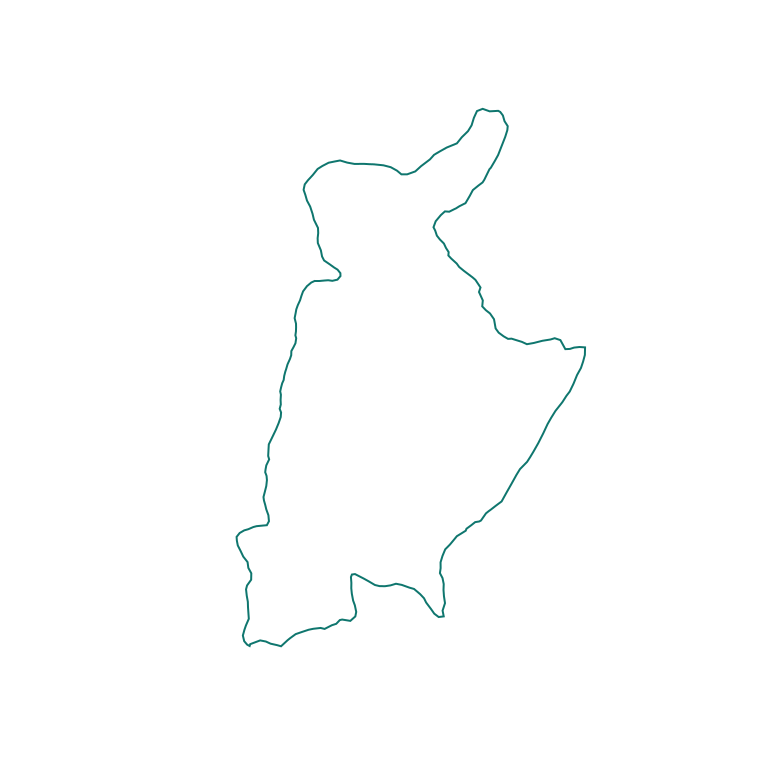 outline of Kalbajar District, Kəlbəcər, Azerbaijan, rotated 119°
{"feature_id": "54616110B37358032697149", "entity_name": "Kalbajar District", "entity_type": "district", "adm_level": 2, "iso_a3": "AZE", "parent_name": "Azerbaijan", "parent_adm1": "Kəlbəcər", "projection": "albers", "projection_center": [46.209, 40.052], "detail": "fine", "context": "isolated", "style": "outline", "palette": "teal", "viewbox_px": 768, "rotation_deg": 119, "n_neighbors": 0, "source": "geoboundaries", "source_scale": "gbopen_adm2", "svg_char_len": 3831}
<svg xmlns="http://www.w3.org/2000/svg" viewBox="0 0 768 768"><g transform="rotate(119 384 384)"><path d="M458.1,234.1L456.4,233.0L447.7,232.1L444.5,230.8L442.6,229.9L436.1,227.1L433.2,225.8L429.7,224.2L420.8,224.2L419.2,224.2L409.7,224.1L399.2,224.1L392.5,223.8L382.7,221.1L376.7,220.7L376.1,220.7L370.8,220.5L360.9,220.4L350.0,220.8L339.8,221.5L332.4,221.4L324.4,221.0L313.5,219.2L305.9,218.7L300.5,217.9L291.7,218.4L282.6,219.5L274.5,219.5L268.0,220.7L261.2,222.4L254.5,225.9L255.1,227.2L256.9,231.0L260.0,235.4L263.2,238.4L265.6,242.3L262.3,247.5L260.1,251.0L261.2,256.9L264.3,259.9L269.4,266.4L275.6,273.0L279.9,278.3L280.3,283.8L281.5,289.5L282.5,294.4L284.4,297.4L284.3,302.5L283.5,308.6L281.3,313.3L277.7,316.2L274.0,319.2L270.9,325.5L270.1,330.6L268.5,335.7L263.0,338.1L257.5,345.5L252.8,346.4L248.6,354.5L247.8,358.3L246.3,369.0L245.2,375.0L243.4,378.8L241.7,386.0L240.4,390.0L237.3,391.4L235.0,395.7L232.1,399.7L230.5,405.2L228.6,409.7L225.0,413.6L222.9,416.7L216.6,417.7L208.8,416.2L203.5,414.4L201.7,410.5L196.6,407.0L195.7,406.3L191.9,404.2L186.3,400.4L178.0,400.2L171.3,400.3L164.6,397.6L159.9,395.5L156.8,395.3L145.0,395.9L143.1,395.4L135.1,395.2L128.4,395.2L117.2,396.7L109.0,397.8L102.2,399.2L98.5,400.8L95.7,406.0L91.5,410.2L89.7,414.2L89.7,416.5L94.3,423.8L95.5,431.1L100.2,435.0L107.7,434.4L115.3,432.8L122.1,433.1L130.5,435.6L138.2,436.9L146.8,443.8L153.6,448.0L159.2,451.3L165.3,452.7L175.5,457.2L182.9,459.7L189.4,465.4L192.2,470.4L191.1,476.1L191.1,483.2L193.0,490.5L196.8,499.4L198.6,502.9L201.3,508.5L205.8,516.4L208.2,523.5L209.8,530.8L213.2,534.9L217.3,539.7L223.2,543.6L228.1,546.3L235.7,547.6L242.7,549.3L247.8,550.1L252.1,548.8L253.2,548.4L256.7,544.5L260.9,540.3L264.6,534.6L269.8,529.0L274.3,524.9L279.5,517.4L283.9,514.7L288.7,512.7L292.8,510.2L297.7,504.0L302.5,500.0L305.0,496.3L305.6,489.9L306.3,484.0L306.5,480.1L308.2,475.9L310.7,474.4L315.3,475.3L318.8,479.2L320.3,483.1L322.6,486.6L325.2,490.4L327.5,494.6L330.5,496.8L335.7,498.8L342.2,499.7L346.7,499.0L351.5,498.0L356.9,497.6L361.2,496.9L365.0,495.6L369.7,494.1L373.9,490.2L377.0,488.4L380.7,486.5L384.4,485.1L386.5,483.0L391.3,481.2L395.9,481.0L400.1,481.0L403.8,479.1L407.6,478.4L413.6,477.9L418.4,476.8L421.1,476.3L425.3,475.2L429.1,473.7L432.7,473.4L436.7,472.4L440.8,471.2L443.3,469.0L448.1,466.7L452.0,464.3L456.3,463.2L458.8,460.2L463.0,458.3L469.3,457.2L476.2,456.4L485.0,455.9L492.6,455.5L497.2,453.3L503.1,450.4L505.6,447.9L512.2,447.5L516.1,446.2L518.8,445.1L520.3,443.3L521.4,442.1L524.8,439.8L530.3,437.5L535.9,436.0L541.3,434.6L544.1,432.5L547.3,429.3L550.7,426.2L554.8,421.5L559.8,418.1L564.3,418.0L566.8,421.7L570.1,426.5L572.4,428.9L576.8,432.3L579.8,435.3L584.3,438.0L589.2,438.8L592.4,436.7L596.1,433.6L599.4,428.7L603.2,423.4L605.9,417.0L610.6,413.5L613.9,408.3L619.6,405.3L626.6,406.1L630.5,405.1L635.7,401.4L640.5,397.5L643.2,395.9L645.2,394.7L654.9,388.4L662.1,387.7L666.7,386.9L672.4,385.5L676.7,381.6L678.3,377.4L678.3,374.5L676.4,374.9L673.7,372.6L668.3,368.0L666.5,362.5L666.1,357.3L664.2,350.8L663.3,346.9L654.8,344.1L651.6,342.8L645.6,340.0L640.7,335.6L635.5,330.8L632.4,327.2L628.1,321.2L627.0,317.2L620.2,312.6L616.9,309.5L611.9,308.2L610.3,306.4L607.5,298.6L601.2,296.4L596.8,297.8L591.7,302.2L588.4,306.0L583.1,310.4L578.5,313.6L573.8,316.1L568.9,319.3L566.2,319.7L564.3,317.2L564.0,307.5L564.0,301.8L564.2,294.5L562.9,289.8L560.3,285.0L557.0,280.7L552.9,276.7L551.1,271.1L549.8,263.1L548.7,258.4L550.3,250.4L552.0,245.1L554.7,241.2L558.1,233.6L560.5,228.7L561.3,223.2L558.3,219.1L557.7,219.6L553.8,222.9L546.1,224.4L540.5,228.7L535.3,232.1L530.0,234.8L525.4,238.7L522.3,243.4L517.6,245.2L512.5,248.1L506.0,249.5L498.9,250.3L492.5,248.5L487.8,247.6L481.8,246.5L477.2,243.9L472.7,241.4L470.6,241.7L465.6,239.4L465.4,239.3L460.6,237.3L458.1,234.1Z" fill="none" stroke="#0f766e" stroke-width="2"/></g></svg>